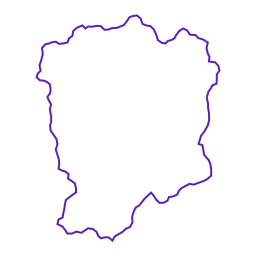 the district of Brás Pires, Minas Gerais, Brazil
{"feature_id": "56859067B189546975189", "entity_name": "Brás Pires", "entity_type": "district", "adm_level": 2, "iso_a3": "BRA", "parent_name": "Brazil", "parent_adm1": "Minas Gerais", "projection": "robinson", "projection_center": [-43.23, -20.882], "detail": "fine", "context": "isolated", "style": "outline", "palette": "violet", "viewbox_px": 256, "rotation_deg": 0, "n_neighbors": 0, "source": "geoboundaries", "source_scale": "gbopen_adm2", "svg_char_len": 2053}
<svg xmlns="http://www.w3.org/2000/svg" viewBox="0 0 256 256"><path d="M112.4,240.6L114.7,236.5L118.4,234.3L122.9,231.7L125.7,228.9L129.9,227.1L132.5,222.4L132.1,216.6L134.0,210.8L136.0,207.3L139.2,205.5L141.7,202.3L144.5,198.8L148.2,195.2L151.1,192.6L154.2,196.4L156.2,199.6L159.4,202.8L163.9,202.7L167.5,200.6L169.0,197.0L173.3,196.4L177.4,194.4L178.9,190.7L181.6,188.1L185.4,186.1L189.5,183.8L193.9,184.6L197.5,183.2L203.1,181.2L207.1,179.2L211.2,175.6L211.2,169.3L210.3,164.0L208.8,160.2L206.5,157.7L204.1,154.7L203.3,150.0L202.4,145.1L198.6,144.0L199.8,139.9L201.1,135.7L204.7,131.0L207.9,125.2L209.1,120.2L209.1,116.3L208.9,112.3L208.1,108.2L208.0,103.4L206.7,97.5L208.4,91.8L210.7,88.6L212.4,85.3L216.5,83.7L216.8,79.1L216.8,74.5L219.4,70.6L218.4,65.9L215.1,62.3L208.9,61.5L209.5,56.8L207.6,53.0L206.5,48.1L207.8,42.5L203.1,39.5L198.4,38.1L195.3,35.0L190.0,34.7L186.9,30.2L183.1,28.5L179.0,31.2L176.2,35.0L174.4,38.4L171.3,40.1L168.0,40.9L165.5,43.5L162.0,42.9L157.9,40.1L156.2,34.6L153.8,29.4L150.4,26.1L146.4,25.5L142.5,23.9L140.5,18.4L136.8,15.4L132.4,16.1L129.3,17.4L126.5,21.8L123.8,25.1L120.8,26.3L116.8,27.9L111.9,28.1L108.6,29.5L104.5,29.8L100.7,26.1L96.3,25.9L92.5,26.7L88.2,26.5L85.2,28.5L82.5,25.4L77.0,27.7L73.2,31.1L72.3,36.0L69.1,38.2L67.4,42.5L63.0,43.5L59.2,43.9L55.8,41.7L52.3,42.2L49.0,43.5L45.3,44.3L42.0,48.0L42.8,54.0L41.3,60.0L39.5,65.3L40.6,70.8L37.9,73.4L36.6,77.3L39.9,80.3L44.1,80.7L47.2,82.1L49.9,84.5L50.6,89.4L50.2,93.1L47.4,96.8L48.7,100.3L51.1,104.3L49.9,109.4L50.6,113.6L51.2,117.3L51.2,121.5L50.1,125.6L50.6,130.6L53.2,134.3L56.4,138.9L57.5,144.0L55.8,149.6L57.4,154.7L59.0,160.0L59.2,164.6L58.5,168.7L61.4,170.4L65.3,171.5L68.6,174.1L68.0,178.6L71.1,180.6L74.8,183.2L76.0,188.1L76.0,192.5L73.2,194.4L70.4,196.4L65.8,200.1L64.9,204.5L64.2,209.3L63.2,213.8L62.7,217.4L58.5,219.6L57.4,224.1L62.5,226.5L65.3,230.3L67.4,233.5L71.8,233.6L76.3,231.6L81.4,232.8L85.1,230.3L88.0,228.3L92.8,229.0L96.5,231.8L98.2,235.8L100.9,238.3L104.9,237.3L108.7,237.4L112.4,240.6Z" fill="none" stroke="#5b21b6" stroke-width="2"/></svg>